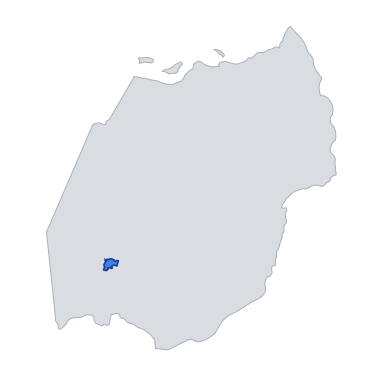 location of Nyang'hwale, Mwanza, United Republic of Tanzania, rotated 264°
{"feature_id": "72390352B96686223722654", "entity_name": "Nyang'hwale", "entity_type": "district", "adm_level": 2, "iso_a3": "TZA", "parent_name": "United Republic of Tanzania", "parent_adm1": "Mwanza", "projection": "albers", "projection_center": [32.613, -3.178], "detail": "fine", "context": "in_parent", "style": "filled", "palette": "blue", "viewbox_px": 384, "rotation_deg": 264, "n_neighbors": 0, "source": "geoboundaries", "source_scale": "gbopen_adm2", "svg_char_len": 6275}
<svg xmlns="http://www.w3.org/2000/svg" viewBox="0 0 384 384"><g transform="rotate(264 192 192)"><path d="M137.7,277.1L133.2,274.7L129.1,273.3L125.7,271.7L124.2,270.1L121.1,269.5L118.4,269.2L115.8,267.8L110.6,267.3L110.1,266.3L110.0,264.2L109.1,263.6L107.2,263.1L105.2,263.1L103.9,263.4L103.2,263.2L101.5,262.0L99.9,260.4L99.4,257.8L97.0,256.2L94.2,254.9L86.7,255.0L85.5,254.6L83.7,253.3L81.5,251.2L79.8,248.8L78.3,245.4L76.8,241.0L68.0,223.1L67.1,219.7L65.4,215.9L62.6,211.3L59.7,207.9L55.7,204.8L51.1,201.7L48.6,199.7L43.9,191.2L43.0,187.3L42.2,183.2L42.5,181.5L45.4,176.2L45.7,174.8L45.4,172.8L43.9,168.6L42.1,163.5L38.3,154.2L37.8,151.8L37.8,150.1L40.0,140.6L40.0,139.3L48.7,139.5L55.1,135.3L60.6,129.1L61.7,126.5L64.0,122.5L66.2,120.6L67.0,119.2L68.3,115.2L71.2,112.5L74.1,110.5L73.5,109.0L73.9,108.5L75.5,107.4L78.5,106.5L79.1,104.4L79.0,102.0L78.5,100.7L78.6,99.2L78.2,98.4L76.2,98.2L73.3,97.0L70.8,96.5L69.1,95.8L68.5,95.3L68.2,93.9L69.6,90.3L68.2,88.8L71.3,82.8L71.8,82.1L72.9,82.0L74.7,81.3L76.3,81.1L77.6,81.3L78.6,81.0L79.5,80.3L80.2,78.3L80.8,74.9L80.5,72.1L79.2,70.0L78.9,66.8L79.4,62.4L79.0,58.7L77.6,55.8L76.2,54.1L74.0,53.3L70.5,48.9L69.4,46.7L69.6,45.4L70.8,44.8L73.0,45.0L75.1,44.5L77.0,43.3L78.9,42.9L79.9,43.1L167.3,43.1L269.3,100.4L269.7,101.0L270.5,106.0L270.3,107.6L268.7,110.4L268.2,111.9L268.2,112.9L268.6,113.4L269.9,113.5L271.1,114.2L271.5,114.7L272.4,116.8L273.5,117.9L312.0,146.1L312.9,146.5L312.4,148.9L310.1,154.5L310.0,156.9L309.1,159.7L308.3,161.5L306.0,169.5L304.1,172.5L301.5,179.5L301.1,184.8L302.5,188.6L303.0,192.1L305.9,195.6L308.3,196.8L309.9,198.4L312.7,202.0L314.4,205.6L319.5,207.5L321.5,211.5L320.7,214.3L318.3,216.6L316.1,220.3L314.3,225.2L314.2,232.7L315.4,231.6L318.1,233.4L318.4,238.9L315.6,245.4L314.7,248.4L314.5,250.9L316.5,258.6L319.6,262.6L319.3,263.8L318.5,264.8L323.7,271.8L323.3,277.8L325.2,282.5L326.0,286.5L327.3,289.7L327.5,291.8L325.9,294.2L329.7,294.8L332.0,296.7L333.0,298.6L335.8,298.6L337.3,299.8L339.4,300.9L344.2,304.1L345.5,305.6L346.2,307.1L333.0,316.9L328.3,319.4L324.9,320.6L321.2,321.2L317.8,322.7L314.5,325.1L310.4,326.3L305.3,326.3L300.0,328.0L291.6,333.0L286.7,330.2L282.9,329.2L278.5,329.3L275.8,329.6L274.8,330.2L274.0,332.0L273.3,334.8L270.4,337.5L265.3,340.1L260.6,341.0L256.4,340.4L253.5,339.3L252.0,337.7L249.8,337.0L246.8,337.1L244.0,338.2L241.3,340.2L237.0,341.1L231.2,340.8L228.0,339.8L227.6,338.1L225.0,336.1L220.3,333.8L216.8,333.8L214.6,335.9L212.5,337.3L210.7,337.9L209.0,337.9L206.7,337.3L200.2,337.1L194.0,337.2L193.4,334.0L192.1,332.1L191.0,330.9L188.9,330.6L188.3,329.7L187.6,327.8L186.5,326.1L185.2,324.7L184.3,323.4L184.0,322.2L184.3,320.9L185.6,317.7L186.0,315.5L185.8,313.2L185.1,310.8L183.7,308.1L183.8,307.3L183.3,305.4L183.3,304.0L183.6,302.4L183.3,300.2L182.1,295.5L182.1,294.4L180.7,292.1L176.6,286.8L176.5,286.1L170.0,280.7L167.5,279.5L166.5,280.5L166.2,281.5L166.5,283.2L166.3,284.0L166.0,284.4L164.5,284.4L163.5,284.2L161.1,282.7L159.2,282.4L154.5,282.6L152.9,283.0L151.6,282.6L149.1,280.2L146.1,279.6L143.5,279.5L139.2,276.7L137.7,277.1ZM320.3,187.9L322.4,193.8L322.1,194.9L320.6,195.6L319.8,195.6L318.9,194.7L318.2,192.7L317.1,193.1L315.2,190.7L313.2,190.6L311.6,187.8L312.2,185.3L311.9,181.0L314.0,178.9L315.2,175.2L316.5,177.7L316.8,181.6L318.5,186.2L320.3,187.9ZM330.8,152.6L330.9,154.0L330.5,155.3L330.5,159.5L330.4,162.3L328.7,166.2L327.4,167.6L326.3,167.2L325.3,166.5L324.6,165.4L326.2,158.3L325.4,153.1L328.4,153.7L330.8,152.6ZM325.9,238.1L324.4,238.4L323.8,238.0L322.9,236.9L324.5,235.9L326.1,234.0L329.7,231.2L331.4,229.0L331.1,231.2L329.0,235.9L327.3,236.2L325.9,238.1Z" fill="#d9dde1" stroke="#a8b0b8" stroke-width="1"/><path d="M124.6,104.8L124.8,104.9L125.0,104.8L125.3,104.6L125.5,104.4L125.8,104.2L126.0,104.3L126.0,104.2L126.3,104.2L126.4,104.3L126.5,104.3L126.8,104.4L126.8,104.5L126.9,104.8L126.8,105.0L126.9,105.3L127.0,105.5L127.1,105.9L127.1,106.0L127.2,106.3L127.2,106.5L127.3,106.5L127.2,106.8L127.3,107.0L127.2,107.3L127.1,107.5L127.0,107.9L127.0,108.0L126.9,108.1L126.8,108.4L126.8,108.5L126.7,108.7L126.7,108.8L126.5,109.0L126.4,109.2L126.3,109.3L126.2,109.5L126.3,109.7L126.5,109.7L127.0,109.8L127.3,109.8L127.9,110.0L128.3,110.2L128.5,110.3L128.6,110.5L129.4,110.8L129.5,110.8L129.8,110.9L130.0,111.0L130.3,111.1L130.7,111.3L130.9,111.4L131.1,111.4L131.3,111.4L131.4,111.5L131.5,111.5L131.5,111.3L131.5,111.1L131.5,110.9L131.5,110.6L131.6,110.4L131.6,110.2L131.6,109.9L131.6,109.7L131.4,109.2L131.3,108.9L131.2,108.9L131.1,108.7L131.1,108.4L131.1,108.2L131.2,107.9L131.3,107.7L131.5,107.6L131.8,107.6L132.1,107.6L132.3,107.5L132.5,107.5L132.6,107.4L132.8,107.3L132.8,107.2L132.9,106.9L133.0,106.8L133.0,106.7L133.1,106.4L133.3,106.2L133.6,105.8L133.7,105.7L133.8,105.5L133.8,105.3L133.9,105.2L134.0,105.0L134.0,104.9L134.0,104.7L133.8,104.4L133.9,104.2L134.2,103.7L134.2,103.4L134.1,103.2L133.9,103.0L133.8,102.7L133.6,102.2L133.6,101.6L133.7,101.2L133.8,101.0L133.8,100.8L133.9,100.7L134.0,100.6L133.9,100.3L133.9,100.1L133.8,99.9L133.5,99.7L133.4,99.6L133.5,99.4L133.5,99.2L133.5,98.9L133.7,98.7L133.8,98.6L133.5,98.6L133.4,98.6L133.3,98.4L133.2,98.5L133.0,98.8L133.0,98.7L132.9,98.7L132.8,98.8L132.6,99.0L132.4,99.0L132.2,99.0L132.0,98.9L131.9,98.9L131.7,98.8L131.5,98.6L131.4,98.4L131.2,98.4L131.2,98.5L131.1,98.4L130.9,98.2L130.6,98.0L130.5,97.9L130.4,97.7L130.2,97.6L129.9,97.5L129.8,97.4L129.7,97.4L129.5,97.2L129.4,97.2L129.2,97.0L129.2,96.9L128.9,96.9L128.6,96.8L128.3,96.8L128.2,96.8L127.9,96.8L127.6,96.9L127.4,96.9L127.1,97.0L126.9,97.2L126.8,97.3L126.7,97.3L126.1,97.2L125.9,97.1L125.8,96.9L125.6,96.7L125.3,96.6L124.5,96.1L124.4,96.0L124.2,95.9L123.8,96.0L123.7,96.0L123.5,96.3L123.4,96.5L123.3,96.9L123.2,97.0L123.1,97.5L122.9,97.8L122.9,98.1L122.9,98.3L122.8,98.5L122.9,98.9L123.0,99.0L123.1,99.3L123.1,99.5L123.3,99.7L123.4,99.8L123.5,99.8L123.7,100.0L123.8,100.1L123.9,100.3L124.0,100.4L124.1,100.6L124.3,100.6L124.5,100.6L124.8,100.7L124.8,100.4L124.8,100.2L125.0,100.0L125.3,100.0L125.3,100.4L125.3,100.6L125.3,100.8L125.4,101.0L125.5,101.2L125.5,101.3L125.5,101.6L125.3,101.9L125.3,102.0L125.3,102.3L125.2,102.6L125.3,102.8L125.3,103.0L125.2,103.2L124.9,103.0L124.6,103.2L124.6,103.3L124.5,103.5L124.4,103.8L124.4,104.0L124.4,104.3L124.5,104.5L124.6,104.8Z" fill="#3b82f6" stroke="#1e3a8a" stroke-width="1.5"/></g></svg>